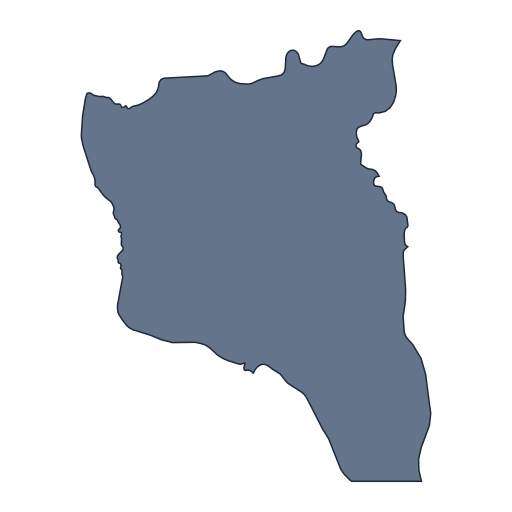 the Province of Sud-Kivu
{"feature_id": "COD-1894", "entity_name": "Sud-Kivu", "entity_type": "Province", "adm_level": 1, "iso_a3": "COD", "parent_name": "Democratic Republic of the Congo", "parent_adm1": "", "projection": "mercator", "projection_center": [28.022, -3.333], "detail": "fine", "context": "isolated", "style": "filled", "palette": "slate", "viewbox_px": 512, "rotation_deg": 0, "n_neighbors": 0, "source": "natural_earth", "source_scale": "10m", "svg_char_len": 4650}
<svg xmlns="http://www.w3.org/2000/svg" viewBox="0 0 512 512"><path d="M429.8,406.8L430.2,408.5L430.7,413.9L429.4,425.3L421.2,447.7L418.6,459.1L418.9,470.5L421.5,481.3L390.6,481.3L351.6,481.3L349.0,479.2L344.8,474.9L342.3,471.7L340.5,468.7L328.7,438.8L322.7,429.2L306.6,397.7L304.5,394.8L303.4,393.6L301.8,392.3L288.0,383.4L285.9,381.2L280.1,373.9L272.4,369.2L269.6,366.9L266.8,365.1L264.3,364.3L261.7,364.4L259.2,365.6L257.1,367.2L255.5,369.1L254.5,370.8L253.6,372.9L253.3,373.1L252.9,372.9L251.9,371.9L250.8,371.1L250.3,370.7L249.6,370.4L249.0,370.2L248.2,370.1L247.2,370.2L246.5,370.4L245.9,370.4L245.1,370.4L244.5,370.1L244.1,369.3L243.9,368.1L244.2,365.9L244.9,363.9L244.9,363.4L244.2,363.1L243.6,363.3L241.6,364.0L240.9,364.1L240.4,364.2L239.0,364.1L227.8,360.6L222.9,358.4L217.7,355.2L209.5,347.7L206.3,345.6L204.6,344.7L200.1,343.3L194.8,342.3L172.7,342.6L171.7,342.5L170.4,342.0L161.1,339.7L150.7,335.3L132.7,329.7L129.5,327.9L126.9,325.7L122.4,320.0L119.2,315.0L118.0,312.1L117.5,309.1L117.5,305.4L122.7,276.9L122.6,276.2L122.1,274.8L121.9,274.1L122.0,270.3L121.6,269.6L120.6,268.7L120.6,268.1L120.6,267.2L121.0,265.7L121.0,264.7L120.7,264.0L120.2,263.6L119.6,263.3L119.0,263.2L118.7,263.0L118.3,262.6L118.2,262.0L118.2,261.2L118.3,260.2L118.1,259.6L117.5,258.8L117.3,258.3L117.2,257.6L117.3,256.7L117.6,255.7L118.9,254.0L122.6,250.2L123.0,249.6L123.2,248.8L123.1,247.7L122.8,247.0L122.3,246.5L122.0,246.1L121.8,245.8L121.5,245.2L121.3,244.6L121.3,243.7L121.5,239.4L121.5,238.6L121.0,236.4L121.6,233.2L121.3,232.6L120.7,232.3L119.6,232.2L119.0,231.9L118.6,231.5L118.4,230.8L118.4,230.1L118.7,229.4L119.9,228.4L120.2,227.9L120.4,227.2L120.4,226.0L120.2,225.3L120.0,224.8L118.5,222.7L118.2,222.1L117.4,220.1L117.0,219.6L115.7,219.0L115.3,218.6L114.9,218.0L114.0,215.2L113.4,213.9L113.3,213.0L113.4,211.8L113.9,209.9L114.0,208.8L113.9,207.8L113.8,207.1L111.6,202.5L110.8,201.7L105.1,197.1L103.6,195.5L98.5,188.6L97.5,187.6L96.0,186.7L95.5,186.2L95.0,184.9L95.0,180.5L94.6,178.0L93.7,175.6L91.6,171.8L90.8,169.9L83.0,145.5L81.5,138.5L81.3,135.4L82.6,115.7L85.3,99.2L86.6,94.4L87.0,93.6L87.9,93.0L88.8,92.8L90.2,93.1L91.0,93.4L93.3,94.9L94.6,95.5L99.2,96.5L103.1,96.4L104.1,96.6L104.9,96.9L105.3,97.2L105.8,97.3L106.5,97.5L107.5,97.5L108.4,97.5L109.1,97.8L109.7,98.1L110.3,98.5L110.7,99.0L113.6,102.6L114.0,103.0L114.6,103.5L115.2,103.8L115.9,104.0L119.5,104.1L120.2,104.5L120.7,105.2L120.9,105.9L121.2,106.4L121.6,107.0L122.2,107.3L122.9,107.5L123.7,107.3L125.0,106.2L125.5,105.8L126.2,106.1L126.6,106.7L126.9,107.3L127.2,107.9L127.6,108.3L128.3,108.6L129.2,108.5L130.0,108.2L130.9,107.4L131.9,106.8L133.3,106.2L135.9,105.7L139.1,104.7L142.9,103.0L148.8,99.5L152.2,96.9L154.9,94.3L156.5,92.1L157.7,89.5L158.4,87.1L159.3,82.0L161.1,79.4L164.0,78.2L208.0,75.8L215.1,71.9L217.9,71.2L221.1,70.8L223.4,71.6L225.5,73.0L229.7,78.2L231.8,80.1L235.0,82.1L237.8,83.1L240.0,83.6L248.9,84.1L251.9,83.4L258.1,80.4L263.1,78.6L278.2,75.9L281.2,75.0L283.5,73.2L284.6,71.1L285.3,68.1L285.8,58.1L286.4,55.5L287.4,53.3L288.6,51.8L290.5,50.6L292.2,50.2L293.8,50.3L295.2,50.9L296.5,51.8L297.6,53.0L298.4,54.4L300.6,62.2L301.1,63.2L301.9,63.6L304.8,64.5L307.0,65.5L309.1,66.1L312.6,66.4L315.8,65.8L318.4,64.8L320.6,63.2L322.5,60.8L324.0,57.8L327.1,49.3L328.3,47.7L330.4,46.5L333.1,46.4L336.4,46.7L341.1,46.8L344.1,45.7L346.5,43.8L353.0,34.7L354.6,33.0L357.2,31.0L358.9,30.7L360.2,31.2L360.9,32.2L362.8,36.9L363.5,38.1L365.1,39.2L367.5,39.8L378.0,38.8L382.4,38.9L400.4,40.6L395.4,48.6L392.9,54.6L392.2,59.4L392.5,64.3L396.1,85.5L396.4,90.4L395.6,96.0L393.5,102.4L390.1,107.7L385.4,111.3L379.4,112.9L375.6,112.8L374.4,113.2L373.0,114.5L372.9,115.7L372.4,117.1L371.4,119.1L369.8,121.6L367.9,123.5L365.6,124.9L362.7,125.7L359.1,127.0L357.2,128.6L356.2,132.2L356.5,135.1L357.0,137.8L358.4,140.2L358.8,141.8L356.5,143.9L356.0,145.7L356.5,147.4L357.7,148.3L359.2,149.0L360.6,150.4L361.5,153.5L360.6,163.9L361.6,164.9L366.7,168.2L368.5,168.9L372.5,169.4L375.3,170.7L377.3,173.0L379.1,176.3L376.4,176.7L374.7,178.1L373.8,180.4L373.5,183.3L374.6,185.6L377.0,186.3L379.9,186.6L381.9,187.5L382.5,188.5L383.7,192.2L385.7,195.1L386.3,196.4L386.5,198.6L387.4,200.8L389.4,201.9L391.9,202.7L393.9,204.1L394.7,206.2L395.3,209.0L396.4,211.4L399.0,212.5L401.5,212.7L403.8,213.6L405.7,215.1L406.9,217.1L407.9,224.8L408.0,225.7L407.3,227.3L405.6,228.2L404.6,230.5L404.2,233.3L404.5,242.3L405.5,244.9L407.8,246.8L407.1,247.3L404.0,250.2L403.4,252.0L403.1,256.0L403.9,265.7L405.5,287.9L405.6,290.3L405.4,300.9L404.6,306.6L403.1,316.5L404.3,332.4L405.6,336.0L407.6,338.9L412.7,344.5L421.1,358.6L424.8,371.5L425.6,374.1L429.8,406.8Z" fill="#64748b" stroke="#1e293b" stroke-width="1.5"/></svg>